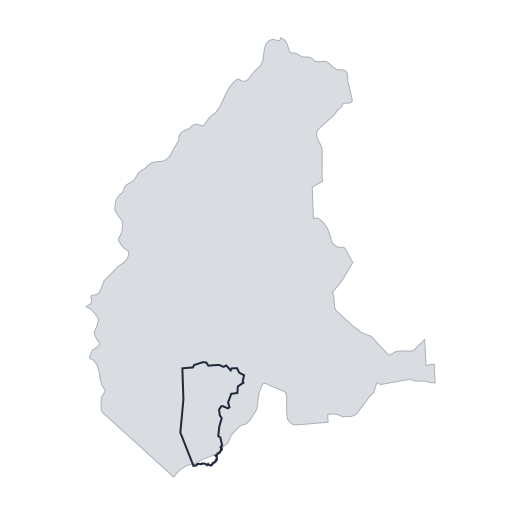 Pibor, Jonglei, South Sudan (highlighted), rotated 87°
{"feature_id": "79223893B32810285770131", "entity_name": "Pibor", "entity_type": "district", "adm_level": 2, "iso_a3": "SSD", "parent_name": "South Sudan", "parent_adm1": "Jonglei", "projection": "orthographic", "projection_center": [34.735, 6.56], "detail": "fine", "context": "in_parent", "style": "outline", "palette": "slate", "viewbox_px": 512, "rotation_deg": 87, "n_neighbors": 0, "source": "geoboundaries", "source_scale": "gbopen_adm2", "svg_char_len": 6839}
<svg xmlns="http://www.w3.org/2000/svg" viewBox="0 0 512 512"><g transform="rotate(87 256 256)"><path d="M421.6,400.2L405.4,416.3L404.3,417.3L402.3,418.5L395.8,418.5L389.1,417.7L382.9,413.5L376.6,416.7L372.6,417.7L370.2,418.1L364.6,418.6L356.8,420.3L353.2,422.5L351.3,424.2L349.7,427.3L348.8,427.6L347.4,427.3L345.4,426.0L341.2,424.1L339.1,420.1L337.1,417.7L335.5,416.4L328.9,420.3L325.6,421.3L323.0,421.1L318.2,418.8L312.8,416.9L310.1,416.9L306.0,419.2L301.3,422.8L298.8,426.3L297.7,428.4L296.0,425.2L294.5,423.1L292.2,422.3L287.7,423.1L286.7,422.0L286.5,419.2L285.8,416.6L284.7,414.7L281.3,412.8L272.4,408.8L265.6,401.0L262.2,397.4L259.7,395.0L256.2,388.9L252.2,384.7L247.3,382.7L244.0,383.6L240.6,388.1L234.3,392.2L231.4,392.3L227.8,390.0L223.1,388.3L214.8,387.5L211.4,389.5L206.8,392.6L203.0,394.5L200.6,394.7L198.4,393.9L195.9,393.5L193.8,393.4L189.3,390.4L187.1,388.2L185.5,386.1L183.0,384.6L180.1,383.4L178.0,381.5L177.0,379.2L175.4,376.2L173.3,373.5L166.5,368.6L164.5,365.7L163.2,362.9L160.4,359.8L157.5,355.7L156.6,349.7L156.6,344.9L156.0,342.6L154.8,340.4L153.3,338.5L151.0,336.3L145.5,333.1L139.9,329.4L137.2,327.3L132.0,326.5L129.0,324.4L126.4,319.8L125.4,316.2L122.9,313.3L121.8,311.3L121.2,308.9L123.4,301.8L120.4,299.3L116.0,295.9L112.9,292.3L111.0,289.0L105.3,284.5L92.9,277.8L85.8,273.5L81.9,269.7L78.6,266.0L78.3,264.5L80.6,260.9L81.0,258.0L79.2,254.6L71.9,248.3L66.1,241.3L61.7,239.1L50.9,237.0L47.8,236.2L44.6,234.8L41.5,231.6L40.5,228.0L42.2,222.2L41.3,220.4L39.4,219.9L40.0,218.7L42.1,215.9L45.5,214.1L54.5,211.4L55.0,210.3L55.3,206.7L56.1,204.9L59.3,200.0L59.8,198.0L60.0,193.7L60.5,191.7L61.4,190.2L63.9,187.8L64.8,186.3L65.3,183.0L65.2,176.5L66.6,174.0L72.3,168.2L73.9,165.6L74.5,163.2L74.5,160.8L74.9,158.5L76.7,156.2L78.1,155.5L82.3,154.9L85.1,155.4L104.9,151.7L107.2,152.3L108.2,154.7L108.0,158.5L108.3,160.4L109.3,161.7L112.4,163.6L114.5,166.7L115.6,167.8L118.7,169.9L133.0,187.6L137.2,189.3L141.2,188.8L149.3,185.3L153.3,184.4L181.4,185.9L184.6,185.4L184.8,185.5L188.9,194.2L190.9,196.3L221.8,196.7L221.2,194.3L221.7,191.5L227.2,186.2L228.0,185.6L232.8,183.1L237.5,181.4L246.5,179.5L249.8,176.4L251.7,173.5L251.8,167.9L253.0,166.9L255.2,165.6L265.6,160.7L267.4,159.6L285.5,171.6L295.7,181.0L296.3,181.5L296.9,181.6L297.4,181.3L297.9,180.9L299.1,180.5L303.6,180.4L311.9,180.0L314.7,178.9L331.6,162.3L335.9,157.0L337.0,156.0L339.4,152.2L342.0,145.7L342.5,145.0L361.0,129.5L361.6,128.2L361.8,127.2L359.1,122.0L358.5,119.3L358.4,115.2L359.0,108.8L358.9,104.8L358.6,103.7L348.4,92.0L374.2,92.0L374.2,90.5L374.1,90.1L373.7,88.7L373.4,86.9L373.4,85.8L373.6,84.9L373.6,84.4L373.5,83.9L373.5,83.7L392.1,83.8L391.8,87.1L389.6,94.7L389.6,99.3L389.0,104.5L388.4,106.0L387.4,107.3L387.1,107.9L387.1,108.5L390.8,137.8L390.5,139.0L389.4,140.8L389.2,141.4L389.1,141.9L389.5,142.2L398.1,145.4L398.5,145.6L398.8,145.8L401.9,149.6L418.7,163.6L419.3,164.3L421.0,168.6L421.2,169.3L421.3,170.3L421.2,171.1L420.8,173.8L420.9,174.9L421.2,175.7L421.4,176.6L421.4,176.9L421.3,177.5L418.7,182.6L417.9,186.2L417.7,189.2L417.8,190.9L418.1,192.1L418.3,192.5L418.6,192.7L425.9,192.7L425.8,194.3L426.7,220.8L426.7,223.8L426.5,227.5L425.6,229.0L423.5,231.1L420.9,233.0L414.3,233.5L408.8,233.4L404.9,233.0L399.6,232.8L394.6,233.2L392.8,234.8L386.1,248.9L384.0,252.4L383.5,254.4L384.1,255.7L386.6,257.4L392.3,259.9L398.9,261.4L403.7,262.1L407.0,262.8L409.6,263.5L418.8,270.0L421.8,272.9L423.5,275.6L423.8,278.4L425.2,281.2L433.6,290.0L441.7,294.2L444.8,298.9L447.7,301.2L450.6,303.6L452.1,307.3L455.6,317.9L457.9,323.4L460.3,328.0L461.3,335.4L463.2,338.7L465.2,342.7L468.5,346.3L471.9,349.1L472.6,349.8L437.5,384.3L421.6,400.2Z" fill="#d9dde1" stroke="#a8b0b8" stroke-width="1"/><path d="M412.1,338.4L428.3,340.8L462.4,329.4L462.4,329.1L462.3,328.9L462.2,328.8L462.2,328.7L462.2,328.4L462.0,328.2L462.1,327.8L462.1,327.7L462.1,327.4L462.0,327.2L462.0,326.9L462.1,326.7L462.0,326.4L461.7,326.4L461.5,326.2L461.3,326.2L461.2,325.9L460.9,325.7L460.8,325.4L460.7,325.2L460.5,324.9L460.5,324.7L460.6,324.4L460.6,324.2L460.6,323.9L460.7,323.7L460.7,323.3L460.7,323.2L460.8,322.9L461.0,322.7L461.1,322.4L461.0,322.2L461.0,321.9L460.9,321.8L460.9,321.6L460.9,321.4L460.8,321.2L460.6,321.0L460.6,320.8L460.4,320.7L460.4,320.4L460.5,320.3L460.4,320.2L460.6,318.1L461.2,317.4L461.3,317.3L461.4,317.1L461.5,316.9L461.6,316.7L461.6,316.4L461.6,316.2L461.8,316.0L461.9,315.9L461.9,315.7L461.8,315.4L461.7,315.3L461.8,315.3L461.7,315.2L461.7,314.9L461.7,314.7L461.6,314.3L461.6,314.2L461.8,314.0L462.0,313.9L462.3,313.7L462.4,313.4L462.5,313.3L462.5,313.2L462.5,312.9L462.5,312.7L462.8,312.4L462.8,312.2L462.7,312.0L462.8,312.0L462.8,311.9L462.7,311.9L462.7,311.7L462.6,311.4L462.5,311.1L462.4,311.0L462.2,311.0L462.1,310.9L461.9,310.7L461.7,310.6L461.3,310.4L461.2,310.4L461.2,310.2L461.3,310.1L461.2,310.0L461.1,309.9L460.8,309.7L460.7,309.5L460.4,309.7L460.3,309.4L460.4,309.2L460.1,308.9L460.1,308.7L459.9,308.5L459.8,308.4L459.7,308.2L459.8,308.0L459.8,307.9L459.7,307.8L459.6,307.6L459.4,307.6L459.1,307.6L458.8,307.4L458.7,307.4L458.5,307.2L458.4,307.1L458.4,306.8L458.5,306.8L458.5,306.7L458.4,306.7L458.2,306.7L458.1,306.8L457.9,306.8L457.7,306.7L457.4,306.4L457.5,306.2L457.5,305.9L457.4,305.9L457.2,305.8L457.0,305.7L456.9,305.8L456.8,305.7L456.7,305.6L456.2,305.6L455.8,305.7L455.7,305.9L455.3,305.8L455.2,305.8L455.0,305.7L454.8,305.7L454.7,305.7L454.6,305.8L454.4,305.8L454.2,305.9L454.0,306.0L453.9,306.0L453.8,306.3L453.7,306.4L453.5,306.2L453.4,306.1L453.2,306.0L453.2,305.9L453.0,306.0L452.9,306.2L452.8,305.9L452.7,305.8L452.7,305.7L452.6,305.4L452.4,305.3L452.3,305.2L452.2,305.2L452.0,304.9L451.9,304.7L451.6,304.4L451.4,304.3L451.2,304.4L451.2,304.2L450.9,303.9L450.7,303.8L450.8,303.8L450.8,303.7L450.7,303.5L450.6,303.4L450.6,303.2L450.4,303.0L450.4,302.9L450.5,302.9L450.6,302.6L450.4,302.4L450.2,302.3L450.0,302.2L449.8,302.2L449.7,302.1L449.4,302.0L449.2,302.0L449.1,301.7L448.9,301.5L448.6,301.4L448.5,301.1L448.4,301.0L448.3,300.8L448.2,300.7L447.9,300.5L447.8,300.4L447.7,300.4L447.4,300.3L447.3,300.2L447.2,300.2L447.2,300.4L447.2,300.5L447.1,300.8L447.1,301.0L446.8,301.0L446.7,301.0L446.7,300.9L446.7,300.7L446.3,300.7L446.2,300.8L445.9,300.8L445.7,300.8L445.6,300.7L445.5,300.8L445.5,300.7L445.4,300.6L445.2,300.7L444.9,300.7L444.8,300.4L444.7,300.4L444.7,300.5L444.3,300.5L444.2,300.5L444.2,300.3L444.0,300.2L443.8,300.1L443.7,300.1L443.5,299.9L443.5,299.7L443.8,299.7L435.4,301.1L433.9,303.1L424.8,301.7L416.0,298.7L413.3,300.5L407.4,300.9L404.4,298.7L404.1,297.3L406.7,292.0L405.7,290.4L400.9,291.6L392.3,287.9L391.9,282.4L391.8,281.8L385.2,280.9L381.9,275.2L380.9,275.9L374.4,274.2L371.6,278.9L367.0,280.9L367.0,286.4L368.9,287.3L363.8,291.4L365.0,294.2L362.8,298.7L363.0,309.4L359.8,311.2L359.2,314.6L361.7,323.6L364.0,324.9L364.3,335.4L395.5,336.0L412.1,338.4Z" fill="none" stroke="#1e293b" stroke-width="2"/></g></svg>